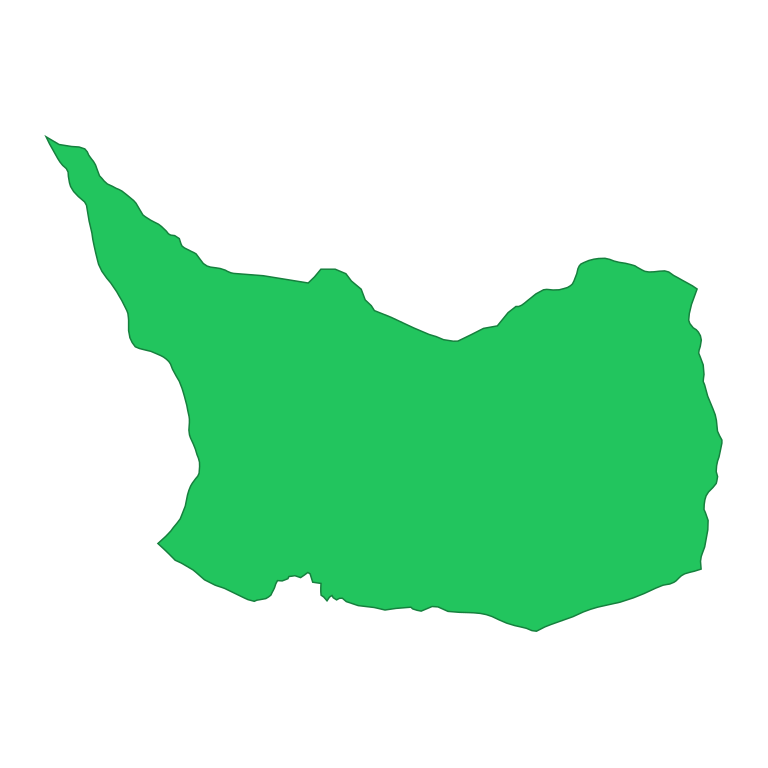 outline of Dopshari, Paro, Bhutan
{"feature_id": "84629894B98882308612415", "entity_name": "Dopshari", "entity_type": "district", "adm_level": 2, "iso_a3": "BTN", "parent_name": "Bhutan", "parent_adm1": "Paro", "projection": "orthographic", "projection_center": [89.434, 27.456], "detail": "fine", "context": "isolated", "style": "filled", "palette": "green", "viewbox_px": 768, "rotation_deg": 0, "n_neighbors": 0, "source": "geoboundaries", "source_scale": "gbopen_adm2", "svg_char_len": 4310}
<svg xmlns="http://www.w3.org/2000/svg" viewBox="0 0 768 768"><path d="M697.1,289.0L692.4,285.8L687.7,283.2L682.4,280.3L678.0,277.8L673.7,275.5L668.8,272.0L664.7,270.9L659.3,271.2L653.9,271.8L649.0,272.0L644.8,271.3L642.1,270.0L637.4,267.4L634.9,265.8L631.2,264.7L625.5,263.3L619.0,262.3L613.9,261.0L609.8,259.4L605.0,258.3L598.7,258.5L593.8,259.2L588.8,260.5L583.8,262.6L580.8,264.1L579.2,266.0L577.9,268.8L576.8,273.6L575.1,278.0L574.0,280.9L572.4,284.0L570.5,285.7L567.5,287.5L563.8,288.6L559.2,289.8L553.0,290.0L549.2,289.6L546.6,289.4L543.5,289.8L535.9,293.9L528.3,300.0L524.3,303.3L521.5,305.3L518.7,306.5L515.9,306.5L508.1,312.6L497.3,325.9L483.5,328.4L470.9,334.8L457.9,341.1L453.3,341.2L443.6,339.7L436.2,336.6L429.2,334.5L413.7,327.9L404.5,323.6L391.1,317.3L374.4,310.6L371.3,305.7L365.2,299.9L361.2,289.2L351.4,281.0L345.9,273.7L335.2,269.2L320.9,269.2L314.5,276.9L308.2,283.0L263.1,275.7L233.6,273.4L230.9,272.8L227.5,271.4L225.4,270.2L220.2,268.5L215.8,267.8L210.5,267.1L207.0,266.0L203.3,263.5L199.5,258.5L196.1,253.9L193.7,252.5L191.3,251.4L184.4,247.9L182.0,246.0L180.9,243.6L179.3,238.6L174.7,235.6L170.7,235.1L168.4,233.8L166.4,231.2L161.5,226.5L158.5,224.2L154.7,222.3L150.5,220.1L145.2,216.7L142.9,214.9L139.5,209.2L136.0,203.2L133.7,200.6L127.2,195.2L122.0,191.1L118.8,189.4L116.3,188.4L112.2,186.2L107.4,184.0L104.1,181.0L102.2,178.7L99.5,175.8L97.0,169.1L95.5,164.9L93.5,161.5L91.2,158.6L88.7,155.1L87.3,151.9L84.8,148.9L79.1,147.0L71.6,146.5L59.1,144.5L46.1,136.8L49.5,143.8L57.8,158.6L60.1,162.2L62.7,165.4L66.3,168.6L68.1,172.1L68.4,176.5L69.5,182.9L70.6,186.5L72.2,189.2L73.7,191.6L78.3,196.5L84.6,201.9L86.5,205.3L88.1,215.0L89.1,221.0L91.9,233.0L92.8,239.3L94.1,245.7L95.7,252.9L97.5,260.2L98.6,264.4L101.9,271.3L106.7,278.1L110.7,282.9L116.7,291.7L118.9,295.6L121.9,300.7L126.8,310.5L127.9,313.4L128.4,317.6L128.6,320.2L128.6,330.7L129.3,334.3L129.9,337.7L132.2,342.6L135.3,346.8L139.4,348.5L142.5,349.3L147.3,350.5L150.8,351.3L156.2,353.6L161.0,355.7L163.6,357.1L166.4,359.2L168.8,361.5L170.5,364.0L172.5,369.2L176.3,376.2L179.3,381.3L182.1,388.5L183.2,392.1L184.5,396.6L186.8,405.3L187.7,410.2L189.1,416.6L189.4,419.1L189.4,422.8L188.9,430.1L189.5,435.0L190.5,437.9L193.4,444.2L195.4,449.2L197.0,454.6L198.4,458.1L199.5,462.2L199.6,466.6L199.1,473.2L197.8,476.1L195.6,478.7L192.3,483.2L190.6,486.1L188.9,490.3L187.5,495.0L186.6,499.5L185.3,506.0L182.5,513.2L180.2,518.9L176.8,523.4L173.3,527.6L170.9,530.9L165.9,536.2L157.9,543.5L163.3,548.5L167.8,552.8L169.5,554.5L173.3,558.3L175.1,560.2L181.2,563.0L193.0,569.9L195.8,572.2L204.5,579.8L215.0,585.1L217.8,586.1L221.2,587.2L224.6,588.4L234.9,593.4L244.4,598.0L247.9,599.6L254.3,601.3L256.8,600.2L260.3,599.6L265.8,598.6L268.5,597.0L270.9,595.1L272.1,592.5L273.3,590.3L274.5,587.8L275.8,583.8L277.5,580.6L282.2,580.9L284.6,580.0L287.9,578.7L288.9,576.5L291.7,576.2L294.9,575.7L300.6,577.6L304.0,575.3L307.8,572.5L310.1,573.8L312.7,582.2L317.4,582.9L321.0,583.4L320.8,587.8L320.8,591.7L321.1,595.2L323.7,597.0L327.0,600.8L329.5,597.1L332.0,595.5L333.2,597.7L336.6,599.9L339.4,598.3L342.3,598.2L346.3,601.6L358.2,605.6L374.2,607.5L378.6,608.5L385.0,610.0L396.0,608.4L410.9,607.2L412.7,608.9L417.1,610.3L421.2,611.1L432.1,606.5L438.0,606.9L448.0,611.4L459.2,612.3L469.0,612.6L473.7,612.8L480.3,613.4L486.3,614.6L492.0,616.5L499.4,620.0L506.6,623.1L514.8,625.6L520.6,626.9L526.4,628.3L531.9,630.6L536.5,631.2L544.9,626.9L550.7,624.6L565.3,619.4L572.9,616.7L583.4,611.9L590.5,609.3L597.5,607.2L608.2,604.8L620.0,602.2L633.5,597.8L644.2,593.5L655.6,588.2L663.0,585.2L666.7,584.5L669.8,584.0L673.9,582.3L676.0,580.9L679.2,577.7L681.4,575.7L684.7,573.8L689.8,572.3L694.4,571.2L701.1,569.1L700.5,561.3L701.2,556.6L702.4,553.1L704.7,546.9L706.2,538.7L707.8,529.9L708.1,520.4L705.4,512.6L704.0,509.5L704.2,504.5L704.9,499.8L706.1,495.8L708.5,492.0L713.1,487.3L716.2,483.5L716.8,481.1L717.6,476.6L716.2,471.7L716.6,465.8L717.6,461.0L719.0,457.0L720.5,449.9L721.9,443.1L721.9,440.0L719.6,435.8L717.5,431.2L716.4,420.3L715.2,414.8L713.0,409.0L707.7,396.2L704.6,384.8L703.2,381.5L703.5,378.2L704.0,374.4L703.2,364.9L700.6,357.9L698.7,353.1L699.1,350.2L700.3,346.3L701.3,340.1L700.4,335.7L698.3,332.0L696.2,329.7L693.2,327.8L689.8,323.5L688.7,320.2L689.3,313.6L691.5,304.4L697.1,289.0Z" fill="#22c55e" stroke="#15803d" stroke-width="1.5"/></svg>